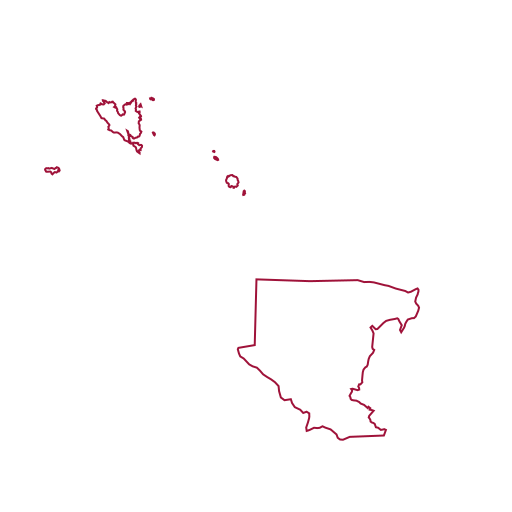 Kuala Nerus, Terengganu, Malaysia (Albers equal-area conic projection), rotated 317°
{"feature_id": "92858781B78340444844195", "entity_name": "Kuala Nerus", "entity_type": "district", "adm_level": 2, "iso_a3": "MYS", "parent_name": "Malaysia", "parent_adm1": "Terengganu", "projection": "albers", "projection_center": [103.024, 5.525], "detail": "fine", "context": "isolated", "style": "outline", "palette": "rose", "viewbox_px": 512, "rotation_deg": 317, "n_neighbors": 0, "source": "geoboundaries", "source_scale": "gbopen_adm2", "svg_char_len": 5895}
<svg xmlns="http://www.w3.org/2000/svg" viewBox="0 0 512 512"><g transform="rotate(317 256 256)"><path d="M227.1,474.5L232.4,471.8L231.7,470.1L230.5,469.5L228.7,468.3L228.2,464.9L226.9,463.0L228.3,459.8L228.0,458.2L227.1,456.6L226.9,455.2L227.8,454.0L228.3,452.2L228.3,451.0L229.8,450.1L236.5,449.4L235.9,448.1L234.4,446.0L235.8,445.3L235.4,443.0L234.0,443.5L233.5,438.6L231.9,435.2L231.9,433.3L230.8,430.3L228.9,428.1L227.8,426.5L227.8,425.0L228.7,423.7L229.0,422.1L231.9,421.1L233.5,420.7L234.7,419.8L234.9,418.2L236.1,418.9L238.8,423.4L240.4,424.1L241.4,422.8L241.8,421.2L243.9,420.2L244.8,421.1L247.6,420.9L248.7,419.3L252.6,415.8L254.9,413.8L257.2,412.4L260.0,412.0L261.6,412.4L263.5,411.7L266.4,409.4L268.3,408.1L271.0,406.9L275.6,406.6L278.4,405.3L278.0,403.5L278.9,401.8L289.2,392.8L290.3,389.8L291.0,386.4L293.4,386.4L293.6,391.2L295.0,392.2L303.5,391.9L306.9,392.2L310.4,394.0L314.7,396.8L316.8,397.9L317.1,399.1L316.3,401.6L315.4,406.0L310.9,408.3L310.2,410.8L315.4,409.4L317.0,408.7L318.9,407.4L321.2,406.6L323.7,406.0L327.6,407.8L329.2,409.2L331.6,409.2L337.3,406.7L340.0,405.0L340.7,403.0L340.7,400.0L341.4,397.9L344.7,395.6L348.1,394.3L349.2,393.5L350.4,392.9L351.8,391.5L352.0,389.9L350.2,389.2L344.9,387.8L342.3,386.4L341.3,383.4L336.0,375.1L332.5,368.2L330.2,365.1L324.2,355.7L321.4,352.4L317.3,348.8L313.9,343.0L278.3,311.2L240.4,273.4L194.3,320.3L180.5,311.2L179.1,311.8L177.1,315.6L176.0,318.7L177.1,322.6L177.1,330.6L178.3,334.4L180.5,338.3L180.7,342.5L180.5,347.4L181.6,352.1L182.9,356.5L183.8,361.2L183.8,366.5L180.7,370.6L177.7,376.4L178.5,380.9L183.8,384.5L182.1,388.1L181.3,393.0L183.5,398.6L183.5,403.0L186.8,404.4L187.6,407.4L185.4,409.9L184.0,411.0L180.4,413.2L175.7,415.7L173.8,418.5L176.6,419.8L181.3,421.2L183.5,423.7L185.4,425.1L188.5,425.9L189.6,428.7L192.3,433.7L193.2,441.4L191.8,444.7L192.3,447.5L194.3,449.7L201.2,452.2L227.1,474.5ZM244.1,38.6L243.9,38.3L242.9,37.7L242.0,37.5L241.8,38.2L241.0,39.1L239.7,39.0L239.4,39.2L239.2,39.8L239.2,41.0L238.7,41.5L237.6,47.5L237.0,49.8L238.7,52.0L238.4,54.1L238.7,55.0L238.3,57.2L238.3,59.9L237.8,60.5L236.1,60.8L235.5,62.1L234.2,62.7L234.8,64.3L235.7,65.5L235.9,67.9L236.3,68.9L238.4,70.6L239.1,71.6L239.7,74.1L239.7,77.1L240.0,78.5L238.9,81.1L238.9,81.8L240.3,84.6L240.6,85.9L240.6,87.2L241.1,88.5L241.7,89.0L241.7,86.8L242.2,86.5L241.7,85.6L241.8,85.1L242.2,84.6L242.3,85.1L242.7,85.0L242.8,84.4L243.6,83.6L243.6,82.8L244.1,82.4L244.5,82.3L245.0,80.5L245.6,80.2L245.9,79.6L247.2,76.6L247.4,77.4L246.0,79.8L246.0,80.6L246.6,81.6L246.6,82.1L246.3,83.2L246.9,84.6L246.9,85.1L246.4,85.6L246.4,86.0L246.8,86.9L248.6,87.4L249.8,88.2L251.0,88.1L251.3,88.5L252.0,88.8L252.8,88.7L254.7,87.5L255.4,87.6L257.0,86.9L257.0,86.4L256.6,85.7L256.9,84.6L258.4,82.6L260.0,81.1L260.4,80.4L260.7,78.9L262.2,77.6L264.9,78.0L265.4,77.3L265.4,76.4L264.7,76.1L264.9,75.1L265.9,75.0L265.9,75.6L267.2,75.5L267.4,75.2L267.3,74.0L267.7,73.6L267.6,71.9L268.1,71.6L269.0,71.5L269.4,70.9L268.8,70.5L268.1,70.5L267.4,69.6L267.0,67.9L268.2,66.9L268.6,65.9L270.6,65.1L270.6,64.4L270.9,63.9L271.9,63.4L272.0,62.8L272.8,62.5L272.8,61.9L273.3,61.0L274.7,59.9L275.0,58.7L274.7,58.3L272.9,57.9L272.3,58.0L272.1,58.5L271.5,58.6L271.1,57.9L269.9,58.0L269.6,58.5L268.1,58.8L268.5,57.9L267.8,57.7L266.5,58.2L266.2,57.8L266.6,56.7L266.1,56.2L265.5,57.4L264.7,57.2L264.1,56.0L263.7,55.9L261.5,55.7L260.4,56.5L260.1,57.4L258.8,58.6L258.8,60.9L258.2,61.2L258.1,61.7L255.9,62.6L255.7,62.5L255.1,61.5L254.2,61.6L253.0,61.4L252.5,60.1L252.6,57.4L253.3,56.2L253.4,55.0L254.6,54.1L254.8,52.9L255.2,52.0L255.2,51.5L254.3,51.5L253.9,50.3L255.0,50.3L256.6,49.2L256.4,46.2L256.5,45.4L256.1,45.1L255.5,45.3L255.2,44.9L254.6,44.7L253.7,43.8L253.7,43.4L253.3,43.3L253.1,43.6L252.5,43.6L252.5,43.0L252.0,42.4L251.9,40.5L251.6,40.4L251.5,39.4L251.1,39.1L250.4,37.8L250.2,37.6L249.8,38.2L249.9,39.4L249.6,39.9L249.4,41.2L248.0,41.3L247.7,41.1L246.6,39.7L246.7,39.1L246.4,38.4L245.1,39.0L244.8,38.7L244.1,38.6ZM290.1,179.2L290.1,178.4L289.5,178.3L288.6,178.6L287.6,179.4L286.0,180.0L285.4,180.6L284.6,182.4L284.7,183.1L285.3,183.8L285.2,184.9L284.3,185.5L283.6,186.5L283.7,187.4L284.2,188.3L284.6,188.4L285.7,188.0L286.4,189.1L286.6,190.4L286.1,190.8L286.3,191.1L287.4,190.8L288.1,190.9L288.8,192.0L290.7,192.0L291.3,190.7L293.4,190.3L294.2,188.9L294.4,187.9L295.3,186.8L295.4,185.8L295.5,184.8L294.2,182.9L294.3,182.4L293.8,182.0L294.0,181.0L293.9,180.6L292.2,179.4L290.1,179.2ZM167.9,54.9L166.7,52.3L164.3,51.0L164.0,50.0L163.3,49.7L162.5,48.7L160.9,48.7L160.4,49.5L160.4,50.2L160.0,50.9L160.4,51.7L163.2,54.0L163.3,55.1L162.7,56.2L162.8,57.4L165.8,57.3L166.2,57.5L167.0,58.9L167.8,59.0L169.3,58.7L169.5,59.7L170.5,59.6L170.5,58.1L171.0,58.0L171.4,58.2L171.6,57.6L171.6,56.8L171.0,55.5L170.8,55.2L170.1,55.4L169.6,55.0L167.9,54.9ZM245.6,91.6L244.7,91.2L244.7,90.7L244.4,90.2L243.4,89.4L241.7,91.5L241.6,91.8L242.2,93.9L242.2,94.7L240.7,97.3L240.3,98.4L240.9,101.5L241.6,100.8L241.6,99.3L242.2,98.9L243.2,98.9L243.9,99.8L244.9,98.7L246.9,98.5L247.9,97.6L247.9,96.6L247.6,96.2L246.2,95.4L246.0,93.7L246.8,93.2L246.6,92.5L245.7,92.1L245.6,91.6ZM293.9,159.9L294.1,159.6L293.7,159.2L294.3,158.8L294.4,158.1L294.2,156.3L293.2,155.0L292.8,155.1L292.2,155.8L292.2,157.1L293.3,159.7L293.9,159.9ZM292.0,200.2L291.2,200.2L289.2,201.8L289.1,202.2L288.5,202.3L288.3,202.7L289.2,203.2L289.8,202.8L290.7,202.8L291.0,202.1L292.1,201.0L292.0,200.2ZM286.7,69.0L286.0,68.5L285.7,69.0L285.8,69.6L286.6,70.0L286.9,70.6L286.7,71.1L286.8,71.6L287.3,72.1L287.9,72.2L288.4,71.6L288.3,70.9L287.6,70.7L287.8,70.0L287.5,69.7L287.6,69.2L287.4,68.9L286.7,69.0ZM264.8,98.3L265.5,97.4L265.4,95.9L265.0,95.4L264.7,95.4L263.9,97.9L264.0,98.5L264.8,98.3ZM274.1,68.3L275.1,66.2L274.9,66.2L274.2,66.6L273.3,66.4L272.4,67.1L272.4,67.5L272.8,67.8L273.9,67.7L274.1,68.3ZM296.5,150.1L296.0,150.1L295.9,150.5L296.5,151.5L296.9,151.3L297.1,150.7L296.5,150.1Z" fill="none" stroke="#9f1239" stroke-width="2"/></g></svg>